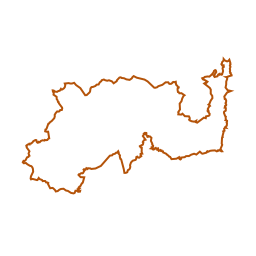 Teopantlán, Puebla, Mexico, rotated 85°
{"feature_id": "50627088B18516269825492", "entity_name": "Teopantlán", "entity_type": "district", "adm_level": 2, "iso_a3": "MEX", "parent_name": "Mexico", "parent_adm1": "Puebla", "projection": "robinson", "projection_center": [-98.255, 18.735], "detail": "fine", "context": "isolated", "style": "outline", "palette": "amber", "viewbox_px": 256, "rotation_deg": 85, "n_neighbors": 0, "source": "geoboundaries", "source_scale": "gbopen_adm2", "svg_char_len": 5759}
<svg xmlns="http://www.w3.org/2000/svg" viewBox="0 0 256 256"><g transform="rotate(85 128 128)"><path d="M152.9,235.8L154.0,235.0L154.0,232.7L155.3,231.5L157.1,229.0L157.6,227.6L158.9,226.7L160.4,226.3L163.3,226.3L167.7,228.9L170.0,229.4L170.7,229.1L170.4,227.5L172.0,223.1L171.9,222.7L170.0,221.3L171.1,220.6L172.3,218.2L173.5,217.6L173.4,216.4L173.7,215.0L175.1,214.3L175.3,212.9L175.8,212.2L176.7,212.6L181.2,210.8L181.1,208.5L181.5,207.8L183.6,206.0L184.9,205.5L184.7,203.5L183.5,201.8L182.9,200.1L182.9,197.5L184.9,195.2L185.4,193.4L187.7,190.4L188.4,187.9L188.0,186.8L185.9,185.8L186.0,184.6L187.2,183.2L187.2,181.4L186.6,181.2L186.9,182.5L186.4,183.4L184.6,183.4L184.8,182.4L184.2,181.7L184.1,182.2L183.0,182.4L182.1,181.4L182.0,180.7L179.1,178.8L179.0,178.3L178.2,177.7L173.3,175.9L172.8,179.5L170.4,181.4L169.8,180.9L169.8,180.1L168.9,178.5L169.2,177.4L169.0,176.8L166.9,175.3L165.6,175.9L165.2,175.4L165.8,173.9L164.4,173.0L165.3,171.9L164.6,171.3L165.0,169.0L165.6,168.2L165.5,163.9L163.4,158.3L154.0,148.5L153.8,146.1L152.9,145.4L152.5,143.2L151.6,142.1L151.7,141.2L150.3,139.8L151.5,139.4L152.8,139.5L154.6,138.4L155.8,138.7L158.1,138.3L158.4,137.7L158.8,137.5L168.6,135.8L172.4,135.5L172.5,134.1L172.0,132.6L170.0,131.8L169.3,130.3L168.3,129.6L166.9,129.1L165.2,129.2L162.6,128.0L161.0,126.2L160.4,123.2L158.5,122.1L157.8,122.3L157.4,121.6L157.3,121.3L158.0,120.8L158.6,119.6L157.2,117.2L156.4,117.5L156.7,117.9L156.4,117.9L154.9,117.7L154.8,116.0L153.1,116.5L148.8,116.0L148.5,117.0L147.7,117.1L147.4,117.8L147.1,117.8L145.8,114.6L143.9,114.0L143.3,114.5L142.4,113.9L141.5,113.0L141.2,111.6L137.3,113.9L135.6,112.6L135.6,112.0L134.9,112.6L134.3,111.7L134.5,110.4L135.4,110.7L135.6,110.2L136.3,110.4L137.8,109.6L137.8,108.8L138.5,109.0L138.3,106.9L139.8,105.5L142.8,106.3L145.6,105.2L146.7,105.3L147.8,104.5L148.9,104.7L149.2,105.1L149.2,106.1L150.1,106.2L150.4,106.7L150.6,105.9L151.6,104.9L151.0,104.4L151.4,103.5L150.5,102.9L150.2,102.1L151.1,101.6L150.9,99.8L151.9,99.7L152.4,100.3L152.7,99.6L153.4,99.4L152.8,97.8L153.5,97.6L153.3,96.6L154.0,96.5L154.3,95.2L155.4,95.1L157.1,92.0L157.7,91.8L159.1,90.1L160.0,89.6L160.5,88.5L162.8,87.4L162.8,82.4L161.6,79.8L162.6,79.8L163.5,79.3L163.9,78.5L163.4,77.8L162.1,77.7L162.0,74.0L161.2,72.9L161.1,71.8L161.3,69.8L160.1,67.4L159.4,64.4L160.4,62.2L157.8,58.5L159.8,56.7L160.1,55.9L159.4,52.0L158.9,51.3L158.3,51.4L158.0,50.8L158.6,49.9L157.9,48.3L157.8,46.3L157.9,43.3L159.0,41.6L158.5,39.8L158.1,40.0L158.0,38.7L159.4,37.0L159.4,36.3L157.0,37.7L153.0,35.6L151.7,36.0L146.0,35.2L145.3,34.4L144.8,34.7L140.2,33.1L139.6,33.4L139.1,32.1L137.0,32.3L136.1,31.2L136.3,30.4L135.5,31.0L134.3,29.4L132.0,29.0L131.1,29.3L130.5,28.8L129.4,28.7L128.7,30.2L128.1,29.7L126.3,29.9L125.3,29.5L124.5,30.2L121.3,31.1L120.1,30.8L119.2,29.1L116.7,28.8L116.1,29.2L116.1,29.9L114.3,29.3L114.1,28.3L113.0,28.1L111.7,28.7L111.0,28.1L109.4,27.8L107.8,28.2L107.3,28.7L107.4,29.1L105.0,29.3L101.3,26.2L100.1,22.2L99.1,25.4L96.2,27.3L93.3,26.4L90.3,26.1L87.7,24.9L86.3,25.0L85.8,25.8L85.8,24.2L85.4,23.9L84.7,20.2L84.1,20.2L82.2,21.4L81.9,21.0L80.7,21.6L79.2,21.2L77.8,21.4L76.0,20.6L74.8,21.1L73.7,20.4L73.1,20.7L72.4,20.3L68.8,21.1L70.0,22.3L70.3,23.5L69.2,25.6L67.6,26.7L69.1,26.9L70.6,28.5L72.1,28.9L72.5,29.4L73.9,28.7L73.8,27.3L75.0,27.2L75.6,27.3L75.9,28.2L76.8,28.6L79.5,28.3L81.4,29.0L82.2,29.7L82.9,29.6L83.1,30.2L82.5,31.5L82.7,31.9L82.0,32.0L82.6,33.4L84.3,34.4L84.7,37.2L83.8,37.3L83.7,37.7L83.0,37.6L79.9,35.2L78.3,35.5L77.9,36.1L78.6,37.3L80.1,38.0L81.3,39.2L82.2,39.3L82.1,40.0L83.9,42.4L83.6,44.3L83.8,47.0L84.4,47.7L84.9,49.7L86.0,49.2L87.2,46.9L88.8,44.8L89.8,45.9L89.5,46.6L90.3,48.2L95.2,43.0L97.0,42.2L101.0,42.6L103.3,41.3L105.6,41.3L107.9,43.2L111.0,44.8L111.7,45.7L112.2,44.9L113.1,44.4L113.4,45.1L116.1,46.9L118.0,46.3L118.2,47.1L121.0,45.4L122.3,45.7L122.9,46.5L123.2,49.2L125.0,49.7L124.3,51.5L128.7,58.6L128.1,59.9L126.8,59.5L127.3,60.5L127.4,61.8L126.8,64.1L125.7,66.0L125.1,66.4L124.3,65.7L123.1,65.7L121.7,66.3L121.2,70.3L118.5,72.5L119.3,73.8L118.8,76.7L117.3,76.3L116.6,76.6L114.1,74.6L108.2,74.4L106.0,72.4L103.3,71.4L100.9,69.9L100.3,68.9L98.0,71.7L97.9,73.8L96.8,74.3L96.5,75.1L94.4,75.3L92.9,75.1L92.3,74.0L91.8,73.9L91.3,74.9L90.2,75.2L89.1,76.3L86.1,76.4L86.5,78.0L86.1,78.4L86.3,79.5L87.2,80.2L87.8,81.4L87.6,83.0L86.0,83.9L85.8,86.6L88.0,90.0L89.0,94.2L89.9,95.3L90.3,97.4L90.1,98.4L83.3,104.4L81.2,107.3L78.6,115.0L76.8,117.8L77.7,119.1L78.9,119.9L80.2,122.2L79.4,125.4L78.1,127.6L77.6,130.0L76.9,130.8L77.0,132.1L79.4,134.8L80.4,135.2L82.2,138.4L80.1,140.0L78.8,142.8L79.1,144.6L78.4,146.6L77.6,147.8L78.1,150.0L79.1,150.6L80.0,152.1L82.1,153.5L82.1,155.5L83.3,156.8L84.0,159.2L84.1,160.8L85.3,161.9L88.3,162.6L89.2,163.2L91.6,166.3L91.6,167.8L84.1,172.0L80.7,176.0L78.3,177.7L78.8,179.8L78.7,181.5L78.1,183.2L78.2,187.1L79.6,186.7L81.8,187.4L82.9,188.4L83.9,190.1L84.0,190.9L83.2,191.4L84.9,192.7L85.1,194.2L85.8,195.5L85.4,197.4L84.2,198.8L84.0,199.7L85.3,199.6L86.5,198.9L88.3,199.3L90.7,196.4L93.0,196.5L94.1,195.8L96.0,195.4L96.1,194.9L97.4,194.7L101.9,191.9L102.7,191.8L104.3,192.4L104.2,194.0L105.4,194.9L105.6,195.8L105.3,197.1L106.8,198.7L108.5,199.9L110.0,199.9L111.8,200.6L114.4,203.4L115.7,205.6L116.6,206.1L116.8,207.0L121.4,209.1L122.3,209.8L122.4,210.4L124.1,210.8L124.6,209.5L124.7,207.9L131.4,207.4L131.5,208.1L132.9,209.4L133.0,210.9L132.6,211.9L133.2,212.4L132.8,214.2L133.3,215.9L134.4,217.1L134.0,218.2L134.7,218.4L134.8,219.4L134.0,220.1L132.1,220.4L131.9,221.3L132.9,223.5L134.0,224.4L135.1,226.0L135.0,227.4L135.8,227.5L135.5,228.7L136.4,230.5L136.9,230.9L137.4,230.5L138.6,230.6L142.6,228.2L144.8,229.3L147.0,228.6L147.2,229.2L148.1,229.7L148.4,231.1L151.2,232.9L151.9,234.0L151.6,234.9L152.9,235.8Z" fill="none" stroke="#b45309" stroke-width="2"/></g></svg>